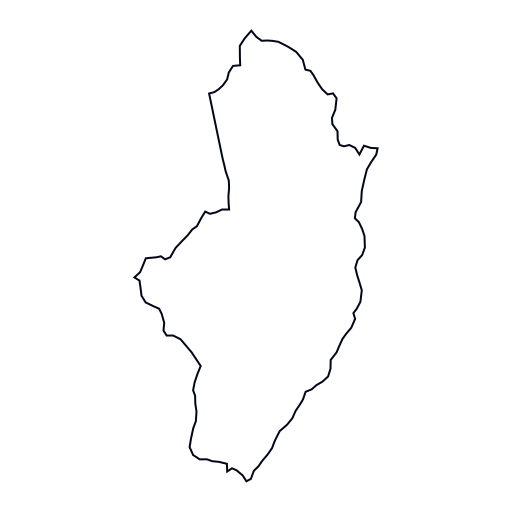 outline of São João Batista, Santa Catarina, Brazil
{"feature_id": "56859067B88267193526754", "entity_name": "São João Batista", "entity_type": "district", "adm_level": 2, "iso_a3": "BRA", "parent_name": "Brazil", "parent_adm1": "Santa Catarina", "projection": "equal_earth", "projection_center": [-48.861, -27.328], "detail": "fine", "context": "isolated", "style": "outline", "palette": "ink", "viewbox_px": 512, "rotation_deg": 0, "n_neighbors": 0, "source": "geoboundaries", "source_scale": "gbopen_adm2", "svg_char_len": 1922}
<svg xmlns="http://www.w3.org/2000/svg" viewBox="0 0 512 512"><path d="M303.0,399.4L305.6,391.8L311.7,389.3L316.5,385.1L322.5,381.6L328.1,376.5L330.5,368.7L330.7,359.9L336.5,352.5L340.1,344.1L342.5,338.9L346.1,333.9L351.3,327.7L355.1,318.9L353.4,313.1L356.6,309.0L360.4,301.8L361.8,290.3L359.5,282.6L357.3,275.7L355.3,267.6L357.5,260.2L362.1,255.1L364.9,247.6L364.5,236.1L362.1,228.9L358.9,222.2L354.9,218.3L355.6,212.2L361.1,202.1L361.8,190.9L364.3,179.6L366.9,169.3L371.3,161.9L376.2,154.7L377.6,148.3L370.8,147.9L364.0,145.7L359.4,154.5L355.2,147.9L349.3,145.0L344.0,146.3L339.7,145.0L337.7,139.6L337.5,131.2L332.4,124.2L331.9,117.9L335.3,109.8L336.6,98.3L333.0,93.4L327.6,94.4L322.1,89.2L317.5,82.4L313.6,75.4L310.4,70.8L305.4,69.6L302.8,59.8L296.2,51.9L288.3,46.9L283.4,44.3L278.3,41.8L272.0,40.8L267.0,40.5L261.7,40.8L256.4,36.9L251.3,30.7L244.6,38.5L239.8,45.9L239.9,56.9L240.2,65.3L233.0,65.9L228.8,72.5L227.1,79.5L222.8,85.4L218.7,89.2L214.4,92.1L209.1,93.5L222.5,158.0L224.0,164.0L225.7,171.4L228.8,180.6L229.1,187.9L228.4,196.3L228.6,202.9L229.1,209.5L222.1,209.5L215.9,212.4L210.0,213.8L205.2,211.6L201.1,218.3L197.0,226.1L192.2,229.5L187.6,235.4L181.5,241.6L175.5,248.0L170.2,257.3L165.1,259.3L160.9,256.3L156.4,257.3L151.8,257.7L145.8,258.3L143.5,264.1L140.1,272.2L134.4,277.4L139.5,280.6L140.5,287.7L141.5,295.7L145.6,302.4L153.2,306.1L159.1,308.7L161.7,313.9L164.2,322.8L163.5,330.6L166.6,335.5L173.1,335.5L180.6,339.3L191.5,352.2L200.7,366.0L197.5,373.8L194.6,382.5L193.1,390.3L195.1,395.7L195.3,403.5L196.5,411.5L195.9,421.0L193.2,428.4L191.0,438.7L189.6,447.1L193.1,455.0L199.6,459.3L207.0,459.3L212.2,461.2L218.7,461.8L226.9,463.8L227.2,471.5L232.0,468.3L236.4,470.2L242.7,475.4L246.4,481.3L250.9,478.9L253.8,470.9L258.6,466.1L262.2,460.9L267.7,454.4L272.0,448.2L274.9,440.6L279.7,431.1L287.1,424.7L292.3,418.3L295.7,410.7L300.0,404.4L303.0,399.4Z" fill="none" stroke="#020617" stroke-width="2"/></svg>